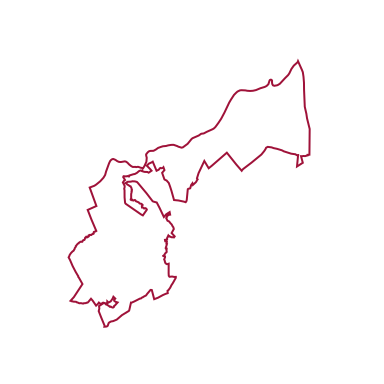 Santa Mare, Botosani, Romania (Robinson projection), rotated 282°
{"feature_id": "2599482B82082933553236", "entity_name": "Santa Mare", "entity_type": "district", "adm_level": 2, "iso_a3": "ROU", "parent_name": "Romania", "parent_adm1": "Botosani", "projection": "robinson", "projection_center": [27.269, 47.633], "detail": "fine", "context": "isolated", "style": "outline", "palette": "rose", "viewbox_px": 384, "rotation_deg": 282, "n_neighbors": 0, "source": "geoboundaries", "source_scale": "gbopen_adm2", "svg_char_len": 5997}
<svg xmlns="http://www.w3.org/2000/svg" viewBox="0 0 384 384"><g transform="rotate(282 192 192)"><path d="M252.9,299.1L278.1,294.0L288.0,289.2L292.3,287.6L298.8,284.6L315.1,280.4L322.2,278.8L327.9,277.1L332.2,275.5L334.2,274.2L342.0,268.5L341.2,268.4L340.2,267.8L336.8,265.3L333.1,263.7L328.2,262.5L326.3,261.7L322.8,259.4L316.1,255.4L314.5,253.7L314.0,252.9L313.0,250.4L313.2,249.0L314.4,248.0L316.1,247.4L317.4,247.2L317.9,246.9L318.2,246.4L318.3,245.8L317.7,244.9L317.2,244.7L313.3,244.3L311.2,242.9L309.9,241.3L307.7,237.3L305.0,233.4L303.7,230.6L302.9,227.8L302.5,224.9L302.5,223.2L301.9,219.4L301.4,217.8L299.7,215.6L298.2,214.5L295.7,212.9L290.5,210.9L287.2,209.8L276.3,207.2L269.7,205.3L264.9,203.4L260.3,201.3L258.6,200.1L257.7,199.1L253.9,193.9L251.8,191.4L251.5,190.7L251.0,189.2L250.7,188.7L248.7,186.9L244.7,181.3L243.5,180.4L238.2,177.7L233.8,173.8L233.2,172.6L233.5,169.1L233.8,168.3L234.3,164.4L234.2,163.6L233.7,161.7L232.7,159.1L231.6,157.0L230.7,154.1L229.7,152.3L228.1,149.7L226.0,147.8L224.3,145.8L223.5,142.6L223.0,141.6L221.7,140.5L219.3,139.3L218.1,139.6L216.1,140.6L212.1,141.1L207.9,140.2L205.3,139.3L205.1,138.3L205.1,136.5L205.4,134.5L205.4,133.9L204.7,132.1L204.8,131.4L204.2,128.9L204.3,128.4L204.7,127.1L205.8,124.9L207.3,122.7L207.9,121.3L208.0,120.5L208.0,119.9L206.6,116.4L206.4,115.6L206.3,114.0L206.7,112.3L207.5,110.5L207.9,108.4L207.9,107.9L207.3,106.9L206.5,106.2L205.3,105.5L202.8,104.9L194.2,103.7L190.6,103.5L187.5,102.4L183.4,100.0L179.3,96.7L177.8,95.2L175.1,91.0L158.4,101.4L152.8,93.7L144.1,99.4L134.0,106.5L133.3,105.8L132.9,104.8L132.5,104.3L131.7,104.2L131.3,104.5L130.7,104.4L130.2,103.7L130.2,103.3L129.0,102.4L129.0,101.7L128.6,101.2L128.7,100.6L128.1,100.0L127.8,100.3L127.2,100.3L126.0,99.2L125.8,98.8L126.4,98.5L126.3,97.8L125.4,97.4L125.1,97.0L123.1,96.9L122.6,96.5L122.4,95.8L121.9,95.4L120.7,95.1L120.8,94.7L120.2,94.0L120.2,93.3L118.8,91.9L118.2,91.8L117.8,91.1L116.2,90.2L115.2,89.9L115.0,89.6L114.3,89.7L112.7,89.0L111.7,89.0L111.1,88.7L110.2,88.5L109.7,88.2L109.2,87.6L106.9,86.2L104.8,85.4L103.7,85.3L102.4,84.9L100.3,86.7L94.8,90.6L89.8,94.7L86.3,97.9L86.2,98.1L85.3,98.4L84.9,99.0L79.2,104.0L64.6,98.3L60.3,95.8L60.1,96.9L60.2,97.8L60.1,98.6L60.5,101.4L60.1,102.4L60.2,102.9L59.8,104.4L59.8,105.2L60.2,106.5L60.2,108.7L60.6,109.1L61.3,111.4L61.8,111.9L62.1,112.9L63.0,113.5L66.6,115.4L65.1,117.4L60.9,121.8L63.3,123.4L64.5,123.9L63.4,126.1L65.0,127.7L65.3,128.1L65.2,130.0L65.1,130.4L64.6,131.1L64.7,131.3L65.4,131.5L65.6,132.2L67.4,131.9L66.5,133.3L68.1,135.2L71.2,136.5L73.2,136.9L71.8,139.1L70.3,138.3L69.6,138.4L69.2,138.8L68.7,140.2L68.5,142.2L67.6,141.7L67.4,141.2L66.8,141.2L65.0,140.2L64.3,139.5L63.3,139.5L62.8,139.0L62.5,138.7L62.5,137.9L62.6,137.5L62.9,136.9L62.7,136.5L63.0,135.8L62.7,135.4L63.3,134.3L64.1,132.0L64.1,131.3L64.9,130.4L65.0,128.7L61.1,124.8L58.7,125.6L56.1,125.5L50.5,129.2L43.5,134.0L43.0,134.3L42.0,134.3L42.5,136.0L43.0,136.9L43.7,137.4L46.4,137.7L47.2,138.2L48.5,139.7L49.3,141.7L51.5,144.9L57.0,149.1L62.6,155.0L63.3,155.2L71.1,155.3L71.1,155.8L73.0,158.4L76.9,163.2L77.2,164.1L78.6,165.3L78.9,165.9L79.6,166.5L81.3,168.6L83.0,169.3L87.6,171.8L87.8,173.0L87.3,173.3L79.3,177.3L81.5,180.7L85.1,184.9L86.9,187.4L88.0,189.3L90.3,188.6L91.2,189.4L93.9,190.6L96.4,191.2L98.9,192.2L104.7,194.0L105.6,193.8L105.2,192.3L105.2,190.2L104.4,187.6L105.2,186.7L107.8,186.0L117.0,184.1L116.3,182.9L116.2,182.5L116.4,181.7L117.2,180.5L119.5,179.4L120.2,178.8L122.6,179.2L123.4,179.0L123.4,177.2L123.6,177.1L124.3,177.8L126.7,178.7L127.6,179.5L128.2,179.7L129.1,179.3L131.3,179.0L131.1,178.3L131.6,177.9L135.5,178.3L135.9,178.0L136.3,178.1L136.3,177.7L138.3,177.7L138.2,176.2L138.6,176.1L138.7,175.8L139.6,175.5L140.0,176.6L140.5,177.5L141.6,177.2L144.6,177.9L143.8,178.9L144.1,179.2L143.7,180.1L143.5,181.8L143.8,182.7L143.8,183.8L145.0,184.3L147.6,180.6L152.0,181.9L153.6,181.1L154.6,180.0L156.0,178.9L157.0,177.4L158.4,175.8L158.8,174.0L161.1,172.2L161.7,172.6L162.4,172.5L163.6,172.9L164.8,174.1L165.2,175.0L165.3,175.3L167.7,174.3L164.8,171.4L161.7,169.7L169.8,163.5L174.4,159.7L174.6,156.2L174.8,155.4L181.3,147.8L189.6,137.2L190.4,136.0L190.5,134.2L190.4,133.2L190.1,131.5L189.4,130.0L188.6,126.9L186.9,125.1L186.3,126.6L185.8,127.3L185.5,128.5L184.8,129.9L184.8,130.7L183.1,132.1L182.0,132.4L181.7,132.8L181.0,132.8L180.7,132.9L180.6,132.7L180.0,132.7L179.0,133.0L177.5,132.9L173.2,133.8L172.6,133.6L171.8,133.6L171.5,134.2L172.0,134.5L172.1,135.2L171.5,135.8L171.4,136.3L172.3,137.8L172.1,138.3L171.3,139.1L170.8,142.0L169.9,143.1L169.9,145.1L169.0,146.4L168.0,145.8L166.4,146.3L166.6,147.8L165.9,148.6L166.5,149.8L166.2,150.8L165.3,151.5L158.9,148.8L159.4,147.0L166.7,129.6L167.1,129.1L167.8,128.7L172.6,127.2L179.8,125.6L181.1,125.0L182.3,125.1L183.9,124.9L187.0,122.4L188.9,123.2L189.8,124.0L192.3,121.6L193.2,121.8L193.5,123.7L193.5,124.1L194.2,125.7L194.0,126.5L194.1,127.2L194.5,127.3L195.1,127.2L197.2,131.0L197.7,132.3L199.2,134.1L201.3,135.7L202.3,137.1L202.4,138.3L202.8,138.8L202.0,138.9L201.8,141.3L202.3,144.2L201.9,145.6L204.4,148.0L205.8,146.2L208.3,142.4L210.7,143.8L212.6,146.4L213.5,147.3L205.4,152.9L206.8,154.7L207.3,155.1L208.4,155.5L209.0,156.3L208.9,156.9L209.1,157.8L209.6,158.5L210.3,158.9L207.7,160.5L204.6,158.8L204.2,159.0L198.6,162.4L198.2,163.5L198.0,164.7L196.0,167.4L192.8,169.4L188.8,171.7L180.4,176.1L180.9,180.6L180.9,186.0L180.7,187.9L181.7,188.4L183.3,188.5L193.8,187.3L194.3,187.6L195.1,189.3L195.4,189.5L198.6,189.7L200.6,190.6L199.1,191.4L202.3,193.7L203.5,194.2L204.4,194.3L205.5,194.9L206.4,194.0L211.8,194.5L224.9,197.6L218.7,203.4L221.9,206.0L237.7,217.9L228.1,229.6L223.1,236.2L223.9,236.5L225.3,237.4L233.2,244.2L243.1,252.1L247.0,254.1L249.0,254.9L250.7,255.3L251.9,256.7L252.2,260.6L251.9,262.7L251.9,266.2L251.5,271.0L251.3,272.0L250.9,273.1L250.1,281.0L250.4,285.4L249.8,286.7L250.2,288.1L238.8,289.4L243.6,294.3L249.7,291.2L249.9,292.3L250.4,293.5L250.6,295.1L251.9,297.6L252.4,297.4L252.9,299.1Z" fill="none" stroke="#9f1239" stroke-width="2"/></g></svg>